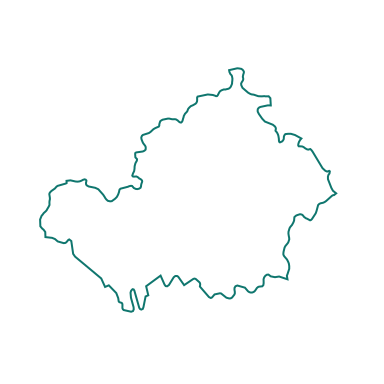 outline of Teruel, rotated 195°
{"feature_id": "ESP-5847", "entity_name": "Teruel", "entity_type": "Autonomous Community", "adm_level": 1, "iso_a3": "ESP", "parent_name": "Spain", "parent_adm1": "", "projection": "mercator", "projection_center": [-0.788, 40.603], "detail": "fine", "context": "isolated", "style": "outline", "palette": "teal", "viewbox_px": 384, "rotation_deg": 195, "n_neighbors": 0, "source": "natural_earth", "source_scale": "10m", "svg_char_len": 5115}
<svg xmlns="http://www.w3.org/2000/svg" viewBox="0 0 384 384"><g transform="rotate(195 192 192)"><path d="M140.6,302.9L138.3,296.0L141.4,295.2L147.7,292.0L148.8,291.2L149.5,290.2L149.9,289.0L149.7,287.8L149.3,286.6L147.6,284.7L143.2,281.0L139.8,278.9L131.3,277.9L128.7,276.7L127.7,275.6L127.3,274.6L127.3,273.7L127.2,272.8L126.6,272.3L125.6,271.7L124.7,270.8L123.8,269.7L123.1,268.6L122.0,266.2L121.2,263.8L120.7,263.0L119.9,262.7L118.1,264.1L117.4,265.4L117.1,266.9L117.6,269.5L117.4,270.8L116.8,272.1L114.2,273.1L111.5,273.8L107.3,273.7L100.2,272.0L101.0,270.3L101.6,268.2L101.7,266.9L101.7,265.7L101.5,264.6L100.8,263.8L97.4,264.5L95.9,264.3L94.0,263.5L92.1,263.0L90.7,263.0L88.9,264.1L87.8,263.6L86.1,262.3L72.1,248.8L68.7,247.0L66.8,246.7L65.6,247.4L65.0,247.9L64.2,247.6L64.0,245.4L64.6,244.0L64.7,242.1L64.0,239.6L58.5,232.1L56.2,229.7L52.4,228.0L54.0,225.8L54.8,225.5L55.8,224.6L60.1,218.0L61.3,216.6L62.5,215.6L65.0,214.3L66.0,213.4L66.8,212.0L66.8,205.8L67.0,203.4L69.1,197.0L69.7,195.9L70.6,195.2L74.0,196.0L75.2,196.1L77.4,197.0L78.4,197.8L79.5,198.5L80.7,198.6L81.9,198.5L84.1,197.1L85.2,196.3L86.0,195.2L86.6,194.2L86.0,190.8L86.2,188.8L86.9,186.0L88.0,183.7L88.4,182.3L88.5,178.6L88.1,176.8L87.1,174.5L86.3,172.9L85.8,171.4L85.9,169.6L86.0,168.1L86.6,166.6L87.8,164.0L88.2,162.3L88.1,158.1L87.9,156.5L87.5,155.1L86.3,153.8L82.8,151.4L80.9,149.3L79.9,147.9L78.9,145.6L78.2,142.9L78.5,137.2L78.7,135.7L77.2,132.4L86.0,132.9L89.8,131.2L94.1,130.9L96.7,132.0L98.1,131.6L99.4,130.2L100.2,128.2L100.3,126.3L99.2,122.5L99.0,120.5L99.7,119.1L102.8,117.9L103.7,117.2L104.5,116.0L105.5,113.0L106.3,111.7L107.6,110.6L109.1,110.1L110.7,110.1L112.2,110.6L116.1,113.3L124.0,113.4L125.6,112.2L126.1,110.4L125.7,108.6L124.9,106.9L124.4,105.2L124.5,103.9L126.0,100.4L127.1,99.3L128.5,98.8L131.4,98.8L137.6,101.5L138.8,101.4L143.7,98.9L145.3,95.5L145.8,94.9L146.5,94.5L148.4,94.9L159.9,102.7L160.1,104.6L160.6,105.9L161.4,106.7L166.0,109.0L167.2,109.0L168.2,108.4L175.5,100.0L183.4,106.6L184.7,107.0L186.4,106.5L187.6,104.9L190.2,96.2L191.6,94.5L193.1,94.3L194.5,95.4L200.7,103.1L211.9,89.1L207.5,80.9L209.8,79.1L209.1,68.2L209.3,66.3L210.6,65.3L211.8,65.5L213.0,66.5L222.2,81.9L223.2,82.8L224.3,82.7L225.2,81.0L225.3,79.9L225.3,78.8L223.6,74.1L218.6,65.6L217.9,63.5L218.2,61.7L219.8,60.6L227.4,60.3L228.4,60.8L229.2,61.9L230.0,65.1L230.4,66.0L231.2,66.7L233.7,66.8L234.5,67.4L235.8,70.4L239.0,74.8L248.2,80.3L251.4,77.8L257.3,85.0L288.2,99.3L290.8,101.5L295.9,113.4L298.3,114.4L299.0,113.8L300.3,111.1L300.8,110.4L301.4,109.9L302.7,109.4L308.9,109.5L312.2,111.1L315.3,111.5L321.9,110.5L323.4,115.4L325.5,117.1L327.4,118.0L329.6,119.6L331.6,126.1L331.1,130.2L330.4,131.5L329.8,133.2L328.3,135.5L327.7,136.7L327.4,138.0L327.0,139.4L326.6,140.9L326.3,142.6L327.1,145.3L327.3,146.6L327.4,148.4L327.9,149.9L329.3,153.1L329.2,154.4L328.6,155.7L327.9,156.8L325.4,159.8L324.2,162.2L323.3,163.2L316.1,167.5L315.4,168.2L316.1,170.3L312.4,171.8L307.3,172.0L305.5,172.3L303.9,172.9L302.8,173.5L301.6,174.4L300.5,175.5L299.1,176.4L297.9,176.4L297.0,175.8L296.8,174.7L296.8,173.5L296.4,172.2L295.5,171.2L293.3,170.6L286.6,171.0L283.2,170.4L277.1,166.4L275.1,164.6L274.1,163.6L272.8,162.6L271.0,161.7L268.6,161.8L267.1,162.4L264.6,165.5L263.9,166.7L263.3,167.8L262.7,170.4L262.5,173.1L262.6,174.4L262.6,175.6L261.9,176.7L255.2,180.5L254.1,181.4L252.5,182.2L251.4,182.3L249.2,180.8L247.0,180.4L245.4,180.7L244.0,181.5L242.8,182.8L242.7,184.1L242.9,185.3L243.0,186.6L242.8,189.1L243.2,190.1L244.2,190.8L245.3,191.2L246.5,191.4L247.5,192.0L248.6,192.4L249.8,192.6L252.1,191.8L253.1,191.7L253.9,192.3L253.8,194.7L253.5,196.1L253.3,197.4L253.6,199.9L253.9,201.1L254.1,202.3L254.1,204.9L253.9,206.1L253.5,207.3L253.4,208.4L253.6,209.5L255.5,210.7L255.7,210.9L256.4,213.0L256.8,214.1L256.8,215.1L256.1,215.8L250.0,218.4L248.6,219.6L247.8,220.9L248.0,222.2L248.4,223.5L249.2,224.5L251.3,226.1L252.2,226.9L253.8,229.0L254.6,230.2L255.1,231.6L254.9,233.3L254.2,234.4L248.9,237.8L247.6,239.3L245.5,242.7L243.9,244.3L241.0,246.6L240.8,247.7L241.1,248.9L241.1,250.3L241.0,252.1L240.1,253.3L239.0,254.3L234.2,256.7L233.0,257.0L230.5,257.1L229.2,257.3L228.1,257.7L227.1,257.9L226.4,258.0L224.3,257.4L223.1,256.7L221.9,256.2L220.6,256.2L219.9,257.1L219.6,258.3L219.6,260.8L219.5,262.0L219.6,263.2L219.0,265.8L218.1,267.4L217.5,268.6L217.2,271.3L216.5,272.8L215.4,274.6L213.6,276.0L211.4,278.2L210.8,279.4L210.6,280.8L210.8,282.1L211.5,284.5L211.3,285.6L202.0,290.3L197.0,291.1L194.7,291.0L193.7,290.8L192.7,291.1L192.2,292.0L191.6,294.8L191.1,296.4L189.9,297.8L189.5,298.1L187.8,299.3L186.4,299.6L183.3,301.3L182.4,302.4L181.8,303.7L181.4,306.3L181.4,307.4L181.7,308.5L181.8,309.6L182.3,312.0L183.4,314.3L184.3,315.2L185.4,315.8L186.9,317.6L187.7,319.3L180.3,323.2L178.6,323.5L176.2,323.7L174.8,323.2L173.7,322.4L172.9,321.4L172.8,320.1L172.9,318.7L172.8,317.5L172.7,316.3L172.1,315.3L171.7,314.3L171.7,313.1L172.0,311.9L172.4,310.8L172.6,309.4L172.1,308.0L170.2,305.7L163.6,302.5L161.4,301.9L159.9,301.7L157.5,302.0L152.8,301.7L149.5,302.4L147.0,303.3L145.8,303.4L142.7,304.3L140.6,302.9Z" fill="none" stroke="#0f766e" stroke-width="2"/></g></svg>